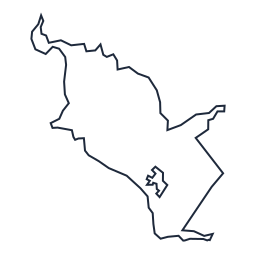 outline of Nukus, Karakalpakstan, Uzbekistan
{"feature_id": "79887680B81962210104758", "entity_name": "Nukus", "entity_type": "district", "adm_level": 2, "iso_a3": "UZB", "parent_name": "Uzbekistan", "parent_adm1": "Karakalpakstan", "projection": "orthographic", "projection_center": [59.493, 42.543], "detail": "fine", "context": "isolated", "style": "outline", "palette": "slate", "viewbox_px": 256, "rotation_deg": 0, "n_neighbors": 0, "source": "geoboundaries", "source_scale": "gbopen_adm2", "svg_char_len": 1320}
<svg xmlns="http://www.w3.org/2000/svg" viewBox="0 0 256 256"><path d="M224.2,111.4L224.6,105.7L216.4,106.2L209.0,113.0L196.1,114.5L180.8,125.1L167.4,130.1L167.9,120.6L160.4,113.1L160.1,102.2L156.8,90.3L148.6,77.5L137.9,73.6L129.0,67.0L117.6,69.5L117.1,60.5L113.3,54.3L106.8,56.9L103.3,54.8L100.5,44.4L95.3,50.4L86.4,51.3L84.1,43.9L71.2,45.3L60.9,40.3L48.8,42.8L46.1,35.5L41.5,33.8L40.7,27.1L43.3,20.9L41.1,15.4L38.3,24.2L32.1,31.7L31.4,38.9L35.4,49.3L45.7,54.0L52.7,46.8L59.1,48.7L65.2,57.0L66.1,64.9L64.1,81.6L64.9,94.4L68.8,103.2L62.9,110.7L59.3,118.8L50.7,123.1L52.5,127.9L57.6,127.6L71.9,130.2L73.4,136.9L75.1,139.8L78.4,138.5L83.9,138.2L85.0,150.6L88.7,155.3L98.7,161.1L108.8,168.1L126.7,175.7L140.4,188.2L147.6,196.4L148.7,207.7L152.7,213.1L153.4,224.0L154.7,233.4L160.6,238.7L167.9,236.8L178.6,235.8L183.2,240.6L184.7,240.5L189.9,238.8L203.4,239.0L207.2,240.4L208.7,239.8L209.8,240.1L212.7,233.9L204.2,235.9L193.9,231.2L182.4,230.3L211.7,186.8L223.1,173.3L195.7,137.9L208.2,129.3L208.3,120.2L213.1,118.8L217.5,111.4L224.2,111.4ZM163.0,172.8L162.9,180.8L167.3,185.0L159.6,197.1L156.3,193.6L159.0,190.7L156.8,189.0L156.5,183.8L153.2,182.8L152.7,184.7L147.0,184.8L149.8,180.8L146.7,179.2L148.1,175.7L152.3,177.8L155.5,173.6L152.0,170.0L155.4,166.7L163.0,172.8Z" fill="none" stroke="#1e293b" stroke-width="2"/></svg>